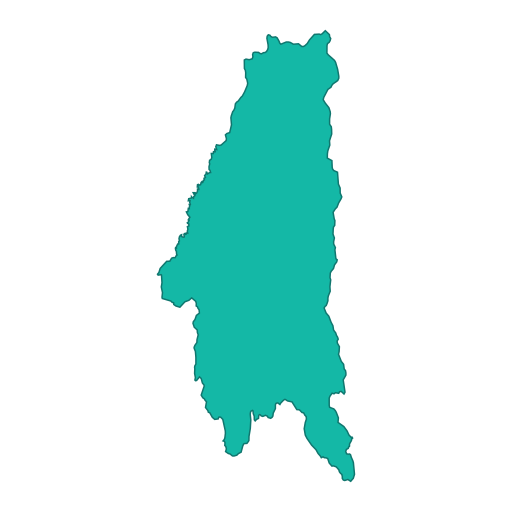 the district of Sukhirin, Narathiwat, Thailand
{"feature_id": "78962969B83718835474136", "entity_name": "Sukhirin", "entity_type": "district", "adm_level": 2, "iso_a3": "THA", "parent_name": "Thailand", "parent_adm1": "Narathiwat", "projection": "equal_earth", "projection_center": [101.685, 5.911], "detail": "fine", "context": "isolated", "style": "filled", "palette": "teal", "viewbox_px": 512, "rotation_deg": 0, "n_neighbors": 0, "source": "geoboundaries", "source_scale": "gbopen_adm2", "svg_char_len": 6058}
<svg xmlns="http://www.w3.org/2000/svg" viewBox="0 0 512 512"><path d="M157.5,274.2L158.1,275.1L161.2,274.7L161.5,275.1L162.0,282.8L161.3,286.9L162.5,292.7L162.0,297.2L162.3,298.5L170.8,301.0L172.2,302.4L173.6,302.7L173.8,304.5L175.9,306.0L179.9,307.2L184.9,301.8L188.9,300.3L191.7,297.9L195.7,301.3L196.3,303.3L196.2,306.0L197.4,306.7L198.0,308.3L199.1,309.8L199.4,313.1L196.4,315.4L195.0,319.5L193.3,321.7L193.0,323.4L194.3,327.3L197.2,329.9L197.4,332.6L198.2,334.8L197.0,339.7L196.9,342.5L195.0,345.2L194.1,347.3L194.2,348.4L195.4,351.4L195.9,357.4L195.9,364.0L194.8,366.0L194.6,367.4L194.8,368.8L194.6,373.4L195.4,377.6L194.9,380.0L195.5,380.7L196.6,380.5L199.5,376.9L201.2,378.5L202.4,383.0L204.0,385.0L204.2,386.1L201.2,395.1L202.8,397.8L204.4,398.9L205.1,400.3L206.5,401.8L205.5,407.5L207.9,410.6L208.3,412.2L209.8,412.8L212.3,417.3L214.7,419.4L218.2,418.9L218.7,417.3L219.4,417.0L220.7,417.2L222.8,419.4L225.3,430.9L225.4,433.4L224.9,437.6L224.3,439.5L223.1,440.9L224.1,441.2L224.7,441.8L225.0,442.8L224.8,445.5L225.7,446.4L226.3,448.2L226.2,449.7L225.6,451.6L228.3,453.5L230.1,454.0L232.4,455.9L234.0,456.0L236.8,455.2L238.4,453.6L241.1,452.2L242.8,445.8L243.7,444.0L244.2,443.6L246.9,443.4L248.4,441.4L248.9,440.5L249.0,436.3L250.3,428.5L250.8,420.1L250.2,414.0L250.6,411.8L251.2,411.0L252.6,410.4L253.0,410.9L253.3,413.8L254.2,416.0L254.3,419.8L255.2,420.9L256.5,419.4L258.5,418.4L258.8,415.3L259.5,414.6L260.3,414.8L261.2,415.9L262.8,416.4L265.5,415.3L267.4,416.2L268.1,417.5L270.7,418.3L272.2,417.2L272.9,416.0L273.2,413.2L275.4,408.6L275.4,405.0L275.8,403.7L276.3,403.2L277.8,402.9L279.9,404.5L280.6,403.2L283.4,400.3L284.7,399.4L285.4,399.5L287.5,400.9L292.0,401.9L296.8,409.6L299.4,409.8L302.0,412.5L303.7,412.9L304.8,415.1L306.2,416.6L306.4,419.1L305.3,422.4L304.2,428.7L305.3,435.1L307.0,438.4L311.6,445.1L316.0,449.7L318.1,453.5L320.3,456.0L321.3,457.7L323.0,456.8L324.3,457.7L326.4,457.9L327.8,458.7L329.2,463.0L331.9,466.1L333.5,465.9L336.3,466.9L338.8,469.8L339.4,471.8L340.5,473.3L341.8,474.4L342.3,476.5L342.3,478.4L343.3,480.0L344.7,480.5L347.9,479.5L350.7,481.3L353.3,478.3L354.5,474.3L353.4,462.7L352.8,460.7L351.3,457.3L350.5,454.7L349.6,454.0L348.2,454.2L346.6,453.8L345.7,451.5L346.4,449.4L348.2,448.4L348.6,447.1L349.5,446.2L349.5,444.0L351.4,440.6L351.7,439.0L352.6,438.1L352.0,437.2L351.5,437.7L348.9,434.9L347.1,431.0L343.9,426.6L338.0,422.4L338.4,417.9L336.3,412.4L335.3,410.6L333.8,408.9L329.6,407.3L329.2,405.3L329.2,398.1L329.9,396.3L332.1,393.2L334.0,393.8L335.5,392.7L338.7,393.3L339.6,391.7L341.2,391.4L344.0,394.0L345.0,392.2L343.2,379.9L345.9,375.1L345.9,372.9L345.5,370.6L344.2,369.0L343.6,364.3L341.3,361.4L338.5,354.3L339.1,351.6L339.4,346.7L337.4,343.2L337.1,341.1L338.2,339.2L337.6,337.2L336.5,335.4L335.7,332.9L333.6,330.1L332.9,325.7L331.1,322.3L328.8,316.2L326.1,313.0L324.1,308.0L325.0,306.5L326.2,305.5L327.1,303.3L327.9,300.8L327.9,298.0L328.3,296.0L330.2,291.2L329.9,286.7L330.7,279.9L330.0,277.6L330.3,273.1L331.1,271.4L333.5,268.5L334.5,264.9L336.7,261.9L337.2,259.8L335.9,258.7L334.9,249.8L335.4,247.6L333.7,244.1L333.6,241.8L334.4,238.0L333.0,234.1L333.2,229.2L333.5,227.0L334.7,225.4L334.9,220.6L334.2,218.8L333.1,212.3L335.3,208.9L337.0,207.2L338.6,203.0L341.0,198.9L341.8,196.9L340.2,193.1L340.1,188.0L338.4,184.1L337.5,172.2L333.9,170.6L332.7,169.3L332.2,167.4L331.9,160.6L327.3,158.1L327.4,153.8L327.8,150.9L329.8,145.1L329.5,140.8L331.7,134.0L331.6,129.5L331.3,126.8L329.6,124.2L329.6,118.9L330.4,113.7L330.2,111.7L328.9,107.7L325.2,103.0L323.2,99.7L323.8,97.3L327.9,89.4L331.0,87.2L331.8,85.4L333.1,83.8L337.7,80.6L338.8,78.2L338.8,76.2L337.6,69.2L335.6,62.4L334.5,60.4L328.2,54.8L326.9,53.1L327.0,45.5L327.5,43.6L329.2,42.3L330.1,40.7L330.7,38.5L329.7,36.9L329.4,34.6L325.3,30.7L322.0,33.9L320.7,34.6L319.2,34.1L314.4,34.4L309.5,39.9L307.3,43.5L304.8,45.8L303.4,46.5L301.8,46.5L298.5,43.8L293.4,44.2L290.2,42.4L288.4,42.0L286.3,42.0L280.8,44.2L279.7,43.0L279.0,41.1L277.1,37.8L275.6,36.9L272.5,37.3L270.9,36.5L269.9,35.2L268.3,34.8L267.2,36.2L266.9,38.3L268.1,44.9L268.2,47.6L267.7,49.5L266.5,51.5L265.2,52.5L263.4,52.7L261.5,53.8L260.0,53.5L258.6,52.4L254.8,52.2L253.3,52.7L252.6,54.6L252.9,56.8L252.2,58.8L249.2,59.7L246.0,59.1L244.3,60.0L244.4,68.5L245.3,70.2L245.7,72.6L245.6,77.5L246.8,79.1L247.7,83.3L247.2,85.7L244.6,91.9L242.3,96.1L240.9,97.4L238.2,101.1L236.7,102.1L235.4,103.8L234.8,108.1L233.8,110.3L232.7,111.7L231.3,115.8L230.9,117.8L231.5,124.8L229.7,132.6L226.9,133.5L225.4,134.9L226.4,138.5L226.2,140.5L221.2,145.0L219.6,145.4L216.5,144.8L215.8,146.7L216.7,149.5L214.8,149.1L214.7,150.4L215.3,151.2L215.1,151.8L213.5,151.7L213.3,153.5L211.3,153.5L211.8,157.4L211.2,159.3L209.6,160.3L209.3,162.6L209.7,163.9L209.0,166.7L209.1,169.5L210.0,170.3L210.6,172.5L209.6,172.6L207.5,173.9L206.8,172.2L206.3,172.1L206.0,174.0L204.6,175.6L205.4,177.5L204.0,178.3L204.4,179.8L203.5,180.3L202.7,182.5L202.3,182.6L201.9,181.7L201.1,182.5L200.6,184.7L199.4,185.1L198.8,184.6L198.4,185.2L198.0,184.5L197.5,184.7L197.3,187.0L198.4,187.1L198.3,188.4L198.7,188.5L198.8,189.4L197.5,189.2L197.5,191.2L196.6,193.1L195.9,193.6L195.2,192.7L193.2,192.7L194.2,194.6L194.9,194.4L195.1,194.9L194.8,195.8L193.7,196.7L193.5,198.2L192.6,197.5L192.1,197.6L191.5,196.8L191.5,198.0L188.7,198.7L188.3,200.8L190.0,200.7L189.7,202.6L190.4,204.3L190.2,204.7L189.3,204.6L189.7,205.9L189.3,207.2L189.3,208.6L188.3,208.4L187.9,211.5L186.4,211.9L187.8,214.8L189.9,217.2L188.3,219.7L188.4,220.2L189.0,220.1L189.1,220.4L188.1,222.3L187.3,222.8L187.6,223.4L188.8,223.9L188.8,226.0L187.4,226.6L187.9,229.3L187.3,231.1L187.7,233.2L186.6,233.0L186.1,234.2L185.6,234.4L185.4,234.2L185.6,233.3L184.4,233.6L183.9,234.4L184.3,236.6L184.1,237.1L183.1,237.2L181.5,236.5L181.6,234.7L180.5,235.2L179.5,236.6L179.0,238.6L179.4,240.9L178.7,241.5L178.7,243.9L177.7,244.0L176.3,247.0L176.4,248.0L175.6,247.7L175.4,248.1L175.7,250.1L176.4,251.5L176.6,254.3L177.1,255.0L176.2,255.7L175.1,257.7L173.3,257.6L171.6,258.2L169.8,261.2L166.7,261.3L160.2,268.4L158.9,272.5L157.5,274.2Z" fill="#14b8a6" stroke="#0f766e" stroke-width="1.5"/></svg>